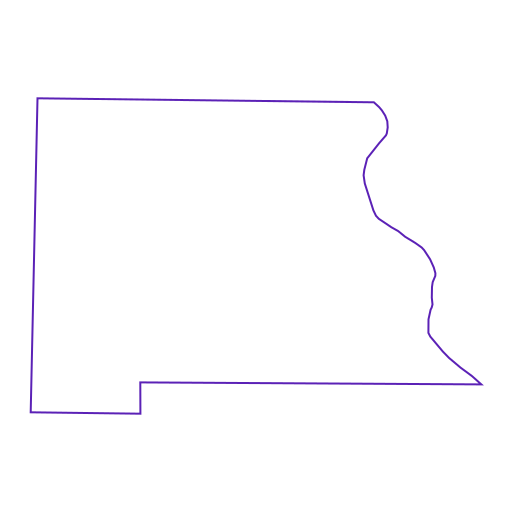 Marion, Missouri, United States of America
{"feature_id": "52423323B24545032731493", "entity_name": "Marion", "entity_type": "district", "adm_level": 2, "iso_a3": "USA", "parent_name": "United States of America", "parent_adm1": "Missouri", "projection": "orthographic", "projection_center": [-91.436, 39.803], "detail": "fine", "context": "isolated", "style": "outline", "palette": "violet", "viewbox_px": 512, "rotation_deg": 0, "n_neighbors": 0, "source": "geoboundaries", "source_scale": "gbopen_adm2", "svg_char_len": 663}
<svg xmlns="http://www.w3.org/2000/svg" viewBox="0 0 512 512"><path d="M30.7,412.3L140.4,413.7L140.3,382.4L481.3,384.4L472.0,376.1L460.5,367.6L449.0,357.9L442.8,351.5L430.3,336.6L428.4,332.9L428.5,319.3L430.6,309.7L431.7,307.5L432.5,304.5L431.8,297.7L432.0,286.9L432.7,282.1L435.3,275.9L435.4,273.2L433.8,267.5L430.1,259.3L424.1,250.1L421.7,247.5L415.2,242.9L405.2,236.8L398.2,231.1L391.3,227.2L378.8,218.8L376.0,215.8L373.4,210.4L364.8,183.5L363.6,175.3L364.3,169.8L367.2,158.3L379.3,143.0L386.0,135.3L386.8,133.4L387.7,127.4L387.3,121.3L385.2,115.6L381.9,110.4L379.2,107.2L373.9,102.3L37.5,98.3L30.7,412.3Z" fill="none" stroke="#5b21b6" stroke-width="2"/></svg>